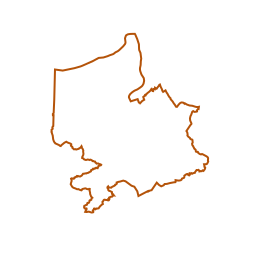 Musi Banyuasin, Sumatera Selatan, Indonesia, rotated 286°
{"feature_id": "22746128B84212736337013", "entity_name": "Musi Banyuasin", "entity_type": "district", "adm_level": 2, "iso_a3": "IDN", "parent_name": "Indonesia", "parent_adm1": "Sumatera Selatan", "projection": "orthographic", "projection_center": [103.65, -2.496], "detail": "fine", "context": "isolated", "style": "outline", "palette": "amber", "viewbox_px": 256, "rotation_deg": 286, "n_neighbors": 0, "source": "geoboundaries", "source_scale": "gbopen_adm2", "svg_char_len": 5745}
<svg xmlns="http://www.w3.org/2000/svg" viewBox="0 0 256 256"><g transform="rotate(286 128 128)"><path d="M164.1,41.7L134.9,49.3L123.6,52.0L122.0,52.4L120.8,51.9L119.6,52.3L119.8,52.9L109.4,55.6L109.0,55.6L108.6,55.2L107.3,55.2L106.8,55.7L106.4,55.8L105.1,55.0L103.2,55.8L103.0,55.6L100.0,57.7L96.5,59.2L94.9,60.3L93.8,61.4L93.6,62.0L93.2,62.3L92.6,66.4L92.1,67.5L92.1,68.3L93.1,68.7L96.4,71.0L97.8,72.5L97.4,73.8L97.1,77.2L96.8,77.9L96.2,78.1L95.3,78.0L94.8,78.7L94.6,79.6L93.4,80.2L93.2,80.9L92.6,81.9L93.2,83.5L93.0,84.1L94.5,86.5L95.1,86.7L95.6,87.4L96.5,87.9L97.7,88.3L97.1,88.8L96.3,89.0L95.3,90.3L94.1,91.2L92.9,91.4L90.9,92.3L89.6,92.4L87.5,92.0L86.5,92.2L86.4,93.6L85.8,94.2L85.6,95.9L85.9,96.9L86.6,97.9L86.7,99.2L86.6,99.8L87.2,100.5L87.2,101.1L86.9,102.4L86.6,102.7L86.4,103.1L86.7,103.8L86.5,104.5L86.6,105.7L85.8,106.2L85.6,107.0L85.1,107.6L85.7,109.0L85.5,110.1L85.3,110.4L85.5,110.9L85.1,111.3L85.4,112.0L85.2,112.4L84.7,112.2L83.4,110.1L82.3,110.1L82.0,109.9L81.0,109.9L80.9,109.5L81.2,108.9L81.1,108.5L80.9,108.1L80.2,107.9L80.0,107.6L79.8,107.2L79.9,106.8L79.6,106.5L79.2,106.4L79.1,105.6L78.3,105.6L77.9,104.9L77.7,104.4L77.5,104.2L76.1,104.3L75.7,103.7L74.9,103.2L74.7,102.7L74.0,102.2L73.4,101.0L73.1,100.8L72.8,100.4L72.6,99.4L72.2,98.9L71.6,97.4L69.6,96.7L68.2,95.4L67.9,93.5L68.1,93.1L67.8,92.4L67.8,92.1L67.6,92.0L67.4,92.5L67.2,92.5L66.4,91.0L65.9,90.8L65.7,90.2L64.8,89.9L64.6,90.1L64.3,89.9L64.2,89.4L64.1,87.7L63.6,87.2L63.4,87.3L63.1,87.9L62.7,87.9L61.7,88.4L58.2,88.4L56.4,90.2L55.8,91.1L55.5,92.2L55.4,94.0L55.1,96.0L55.6,97.3L55.3,98.3L55.2,100.4L55.4,100.6L56.5,100.8L56.9,101.2L58.2,103.5L58.2,104.6L58.0,105.2L58.0,105.7L58.3,107.0L58.8,107.4L58.9,108.0L58.6,108.1L58.0,108.0L57.6,108.3L57.2,108.3L56.5,108.7L55.8,109.2L54.1,109.8L52.0,111.4L51.1,112.9L50.5,112.4L48.9,112.5L48.4,112.0L48.0,111.2L47.6,111.0L46.7,111.2L45.5,111.1L45.0,110.5L44.9,109.8L44.6,109.6L44.0,109.8L43.5,109.6L43.0,109.7L42.7,109.5L42.3,108.7L41.6,108.1L41.2,107.5L40.7,107.6L39.9,107.5L38.8,108.4L38.7,108.8L39.2,109.9L39.2,110.3L38.9,110.5L38.0,110.6L37.2,110.2L35.6,110.0L35.8,111.3L36.8,113.4L36.7,116.2L37.2,117.5L37.5,117.8L37.9,117.8L39.1,116.9L40.1,117.6L41.1,117.5L41.3,117.9L40.7,118.3L40.8,119.1L41.7,119.6L41.7,119.9L42.1,120.3L42.2,121.0L42.7,121.9L44.8,122.6L46.9,123.8L48.0,124.8L49.1,124.1L50.1,123.8L50.6,124.2L52.0,124.5L52.5,124.9L52.7,125.4L52.7,126.3L53.0,127.7L52.9,128.9L53.3,129.5L54.3,129.7L54.5,129.5L54.8,128.8L55.2,129.1L55.9,129.0L56.1,129.2L56.1,129.7L56.7,129.9L57.2,130.5L57.6,131.6L58.1,131.9L59.0,132.0L59.2,132.8L59.4,132.4L59.9,132.4L60.2,132.0L60.0,131.1L60.5,130.9L60.7,130.6L61.6,130.4L62.1,130.1L62.1,129.5L62.4,128.5L62.4,127.1L63.0,126.1L63.9,125.8L64.8,124.7L65.7,124.6L66.4,125.0L65.8,125.5L65.6,126.0L66.0,128.3L67.0,128.9L68.7,130.8L69.2,131.2L69.5,131.2L69.6,131.4L70.0,131.4L70.1,131.7L71.4,132.6L72.5,132.1L73.5,133.5L74.3,135.1L76.1,137.9L76.1,140.3L73.5,147.3L73.3,150.3L69.7,154.4L65.5,156.8L72.9,164.6L72.5,164.9L73.9,166.3L74.7,167.8L83.4,170.7L81.8,173.5L81.1,176.0L82.8,178.1L84.2,178.6L85.0,180.8L86.7,183.6L88.4,187.0L89.0,188.5L89.5,188.6L91.0,188.1L91.3,190.8L91.8,192.2L92.4,193.2L93.1,193.7L94.2,193.8L94.4,194.0L95.5,195.5L96.4,195.7L97.7,195.3L99.7,196.9L100.2,197.8L100.1,198.2L99.4,198.9L99.3,199.9L100.1,200.3L100.9,199.8L101.5,199.7L101.7,202.3L101.8,202.4L102.1,202.2L102.1,202.6L103.0,203.8L103.3,204.6L104.0,204.6L106.5,205.5L106.7,206.5L107.2,207.3L106.5,208.4L105.9,208.6L106.0,209.0L106.6,209.6L106.6,210.2L106.8,210.8L107.8,211.4L107.6,212.4L108.1,212.5L109.0,213.0L109.8,213.2L111.1,213.2L111.4,212.9L111.5,212.4L111.8,212.1L112.5,212.0L114.1,211.1L114.8,213.2L115.3,213.8L116.9,214.2L118.0,214.3L118.7,213.8L120.8,213.4L121.7,212.9L122.4,211.4L123.3,207.1L123.4,206.3L122.8,205.6L122.7,205.1L122.8,204.1L122.9,203.7L123.6,202.1L124.3,201.7L124.3,201.3L123.9,200.2L124.1,199.8L124.7,199.4L125.6,199.1L126.1,198.4L126.2,197.8L126.5,197.3L126.9,197.1L128.2,195.8L128.6,195.6L128.9,195.0L129.5,194.4L130.7,193.9L131.8,194.2L134.2,193.3L134.6,192.6L134.5,191.8L134.8,190.8L135.5,190.3L136.4,188.1L136.9,187.6L137.1,187.2L138.2,187.1L140.1,186.2L141.2,185.0L148.1,187.2L149.2,187.8L149.9,187.7L152.3,185.7L154.4,184.9L156.7,184.8L158.0,185.1L161.3,185.3L162.2,186.0L161.8,187.2L161.9,187.7L162.8,189.7L163.0,189.8L163.8,189.5L164.3,189.5L165.7,190.1L165.7,190.6L167.9,190.3L167.4,189.4L167.1,188.1L167.0,186.7L167.1,183.6L166.6,181.0L166.8,178.0L167.4,175.9L167.4,175.2L167.1,175.2L167.4,174.6L167.6,173.9L167.4,172.9L167.3,172.4L166.7,171.6L166.1,171.1L164.6,170.3L161.8,169.2L161.7,168.3L163.4,166.5L164.2,165.3L165.8,163.6L167.4,161.1L168.4,160.6L169.0,159.4L170.4,157.8L172.0,156.3L172.6,155.4L174.5,153.7L172.4,151.8L172.8,151.3L173.4,150.6L174.3,150.2L176.7,148.0L178.6,146.7L178.1,146.2L177.1,146.1L176.2,145.6L173.7,144.7L174.2,142.9L172.6,143.2L172.5,141.6L170.4,142.0L170.3,141.4L171.8,139.7L170.4,139.3L169.0,138.6L166.7,136.9L165.9,136.6L164.7,135.4L164.1,135.9L163.1,134.8L162.0,134.1L159.6,135.8L157.9,134.2L155.1,132.8L155.5,132.2L155.5,131.4L158.4,129.3L154.4,123.3L154.7,123.0L157.6,120.5L158.8,120.2L160.0,120.4L161.3,120.8L163.7,122.3L165.7,124.0L167.7,126.4L170.2,128.5L171.8,129.7L172.8,130.2L174.9,130.7L177.8,130.5L179.9,129.6L180.4,129.3L183.1,126.2L185.9,124.2L187.2,123.5L188.9,123.0L192.0,122.8L195.8,121.9L198.3,121.6L203.6,119.3L206.0,117.3L206.9,116.9L211.5,115.4L216.1,112.3L220.0,109.1L220.4,108.6L219.1,104.4L218.1,102.2L216.8,100.8L215.9,100.5L213.4,100.4L209.9,101.9L209.1,102.1L207.9,102.0L205.1,100.8L200.5,98.1L199.0,97.0L197.3,95.1L195.7,94.0L194.9,93.3L192.9,90.4L191.5,88.7L189.0,84.9L187.3,80.5L182.6,75.7L175.4,67.1L174.1,65.4L170.8,60.1L165.2,49.4L164.1,41.7Z" fill="none" stroke="#b45309" stroke-width="2"/></g></svg>